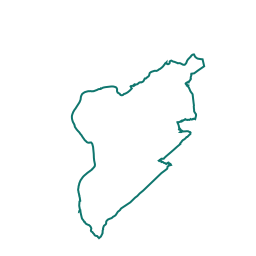 outline of Juanacatlán, Jalisco, Mexico, rotated 43°
{"feature_id": "50627088B972054417519", "entity_name": "Juanacatlán", "entity_type": "district", "adm_level": 2, "iso_a3": "MEX", "parent_name": "Mexico", "parent_adm1": "Jalisco", "projection": "equal_earth", "projection_center": [-103.138, 20.486], "detail": "fine", "context": "isolated", "style": "outline", "palette": "teal", "viewbox_px": 256, "rotation_deg": 43, "n_neighbors": 0, "source": "geoboundaries", "source_scale": "gbopen_adm2", "svg_char_len": 5806}
<svg xmlns="http://www.w3.org/2000/svg" viewBox="0 0 256 256"><g transform="rotate(43 128 128)"><path d="M181.9,228.3L182.2,225.9L181.2,222.4L180.9,222.2L180.4,221.3L179.9,220.9L179.3,220.1L178.9,219.0L178.3,218.6L177.5,217.0L177.1,215.9L177.4,213.8L177.2,212.8L176.6,212.2L175.8,211.1L175.7,209.8L175.8,208.5L176.6,206.7L177.2,205.6L177.6,204.4L177.6,203.2L178.1,201.8L178.4,200.4L178.3,199.5L177.7,196.1L178.0,194.5L178.1,193.2L177.8,191.9L178.0,190.8L180.4,180.8L180.7,174.1L181.2,171.4L181.2,167.9L181.8,163.4L183.2,138.2L184.0,133.8L184.4,131.3L184.2,130.6L183.3,129.3L183.6,127.4L183.7,126.8L184.0,126.8L184.7,125.7L183.5,125.3L183.4,125.3L182.9,125.9L182.7,126.2L182.4,126.4L182.1,126.5L181.9,126.4L181.7,125.8L181.5,125.6L181.2,125.6L180.8,126.4L180.8,126.9L180.5,128.3L180.2,128.3L179.8,128.1L179.6,128.2L178.7,128.7L178.3,128.8L178.1,129.0L176.6,129.1L176.1,129.5L175.7,130.1L175.3,129.9L175.2,129.5L174.3,129.5L174.0,129.8L173.6,130.4L173.4,130.9L172.9,130.9L173.1,130.3L172.9,129.8L173.2,129.1L173.4,127.7L174.1,127.1L174.8,126.4L175.1,126.1L175.0,124.9L175.2,122.3L175.9,116.3L176.7,108.1L177.2,104.1L176.8,104.0L176.6,102.9L176.6,101.9L176.4,100.7L176.4,99.4L176.7,98.7L177.0,97.1L177.1,96.4L177.0,94.7L177.5,94.1L177.5,93.4L177.5,91.6L177.7,89.9L177.4,89.6L176.9,88.7L176.3,88.6L176.2,88.7L176.0,88.9L174.2,89.4L173.1,90.3L172.6,90.9L171.9,91.7L171.2,92.3L170.7,93.0L170.3,93.1L169.9,93.1L169.9,94.4L169.5,94.9L169.0,95.3L169.1,93.6L168.1,93.4L168.1,93.5L167.4,93.3L167.2,94.0L166.6,94.3L166.1,94.2L165.8,93.0L165.0,92.8L163.8,91.9L163.2,91.5L162.0,90.9L161.2,90.6L160.2,90.1L160.5,89.6L161.4,88.9L161.6,88.3L162.3,87.4L161.9,87.3L162.4,85.6L162.8,85.6L163.0,85.7L163.3,84.9L163.4,84.1L163.8,83.5L163.8,82.5L165.0,82.3L165.3,81.9L166.0,81.6L166.3,81.0L167.4,80.2L167.7,78.7L168.4,78.7L168.9,78.3L169.1,78.0L169.1,77.4L169.3,77.0L169.6,76.6L169.9,76.6L170.0,76.1L171.1,75.7L170.1,73.9L169.7,73.2L169.2,72.4L168.6,71.8L168.2,71.5L167.7,71.5L167.1,71.3L165.5,70.9L165.0,70.7L163.7,69.4L162.8,68.7L162.1,68.0L161.4,67.4L160.9,66.6L158.6,64.7L152.4,59.4L151.7,59.1L150.1,58.9L148.5,58.5L145.8,57.3L144.6,56.8L143.1,56.8L143.0,55.8L142.6,56.0L142.7,56.7L142.3,56.8L142.3,56.0L140.2,56.4L139.9,56.2L140.0,55.7L139.8,55.7L139.8,55.4L140.1,54.4L140.4,54.2L140.5,53.2L140.9,53.1L141.2,53.1L140.9,52.1L140.8,50.5L140.7,50.1L140.4,49.8L140.4,49.7L140.5,49.6L140.5,49.2L139.6,48.5L139.2,48.0L138.3,46.1L137.8,45.9L137.3,45.1L139.1,42.9L140.0,38.1L141.6,30.9L135.7,26.9L134.1,28.1L131.7,29.7L130.6,30.0L129.3,30.1L128.5,30.1L127.1,29.6L126.3,29.2L126.0,29.2L125.9,29.4L125.2,30.4L125.2,30.5L125.1,30.9L125.0,32.1L125.2,32.8L125.1,37.0L125.4,38.6L126.3,40.8L126.4,42.8L126.0,43.5L125.0,44.2L123.9,44.5L122.1,45.0L121.1,45.7L120.3,46.7L119.7,46.8L119.3,47.0L119.0,47.1L116.9,47.9L115.8,48.6L114.8,48.9L113.8,49.1L113.3,49.9L113.2,50.3L113.2,51.0L114.0,51.8L114.3,52.6L114.2,53.1L113.8,54.0L113.1,54.5L112.2,54.4L111.7,54.3L111.4,53.9L111.4,54.4L111.2,54.8L111.1,55.6L111.3,56.1L111.4,56.5L111.4,57.6L111.6,58.8L111.5,60.8L111.1,63.1L110.7,63.9L110.7,64.2L110.5,65.3L110.0,66.7L108.9,67.6L108.4,68.1L107.0,70.6L106.7,71.3L106.4,72.9L106.5,73.2L107.6,75.2L107.8,76.1L107.3,78.7L107.4,79.1L107.3,79.5L107.1,79.9L106.8,80.1L106.5,80.4L107.1,82.2L107.3,83.0L107.3,83.7L107.2,84.2L107.0,84.8L106.7,85.2L106.7,85.4L106.5,85.7L106.3,85.7L105.5,86.6L105.5,86.8L105.3,87.1L105.2,87.3L105.2,87.5L105.1,87.8L105.1,88.9L104.9,89.7L104.0,91.1L103.8,92.1L103.4,91.5L103.2,91.4L103.0,91.5L102.9,92.0L102.9,92.3L103.0,92.9L103.3,93.2L103.3,93.5L102.4,94.1L101.8,95.2L101.5,95.5L101.5,95.8L103.8,96.5L103.8,99.2L103.5,101.7L103.2,102.9L102.9,103.8L102.7,104.3L102.6,104.7L102.1,105.5L101.9,105.7L101.8,106.9L101.8,107.2L101.5,107.8L101.2,108.2L100.7,108.6L100.0,108.9L99.6,108.9L98.5,108.6L98.2,108.7L98.1,108.8L97.4,108.9L97.0,108.9L96.5,109.2L96.3,109.2L95.8,109.0L94.8,108.5L93.5,107.0L92.3,106.5L91.2,106.5L89.4,107.4L88.8,107.8L87.2,109.3L83.5,113.7L82.7,114.8L82.2,115.6L81.7,116.9L81.7,117.1L81.5,117.7L81.2,117.7L81.3,118.2L80.9,118.7L80.3,119.2L79.9,119.8L79.3,121.5L78.7,122.6L77.8,124.5L77.6,124.6L76.5,125.9L76.1,126.1L75.7,126.4L73.8,128.2L72.5,130.3L71.9,131.4L71.5,133.0L71.3,134.4L71.8,136.2L72.3,137.2L72.3,137.3L73.9,139.5L74.4,140.7L75.0,142.3L75.4,144.5L76.1,148.4L76.4,149.9L76.4,150.8L77.0,153.5L77.8,155.6L78.6,157.2L79.3,158.1L80.8,159.5L82.9,160.8L84.0,161.3L85.4,161.7L87.1,162.4L87.2,162.6L88.4,163.4L91.5,164.1L93.4,164.3L95.3,164.4L97.6,164.9L99.0,165.0L99.8,165.3L101.9,165.8L103.1,166.0L104.2,166.3L104.6,166.3L105.0,166.4L106.1,166.3L107.4,166.4L108.2,166.2L109.0,165.8L109.6,165.3L110.1,164.5L111.0,163.7L112.7,164.0L115.4,165.7L120.6,170.3L123.4,173.1L125.5,174.9L128.2,176.8L128.9,177.4L129.4,178.1L129.8,178.8L129.7,179.0L129.9,179.8L129.9,181.1L129.9,181.8L129.8,182.1L130.0,182.5L129.9,182.9L129.9,183.6L129.5,185.4L129.5,186.0L129.4,186.2L129.1,187.3L129.1,187.8L128.9,188.6L128.8,189.8L128.5,192.3L128.4,193.8L128.5,195.2L128.9,197.9L129.0,198.7L129.8,200.8L130.2,201.8L131.1,203.2L131.3,203.8L131.7,204.4L132.0,204.9L132.3,205.2L132.8,205.9L133.0,206.3L133.4,206.9L134.1,207.6L134.4,207.8L134.8,208.0L135.2,208.3L135.4,208.6L137.2,209.7L137.3,209.8L138.2,210.5L138.4,210.5L138.5,210.7L139.3,211.3L139.9,211.6L141.3,212.7L141.9,213.3L142.1,213.3L142.8,213.9L142.6,214.8L144.3,216.9L145.4,218.2L148.5,220.5L149.3,221.4L149.0,222.0L149.2,222.3L149.4,221.5L149.6,221.0L150.9,222.1L152.9,223.5L155.6,225.3L156.5,225.7L158.5,226.0L160.0,226.5L160.4,226.2L160.8,226.3L161.3,226.4L161.6,226.6L162.3,226.7L163.4,226.5L164.9,226.0L165.7,225.6L167.3,225.6L167.9,225.7L169.6,226.4L170.8,228.3L171.6,228.7L173.0,228.4L173.6,228.5L174.1,228.7L175.4,228.7L176.6,229.1L176.9,229.1L177.6,229.0L179.3,228.0L180.6,228.3L181.2,228.2L181.9,228.3Z" fill="none" stroke="#0f766e" stroke-width="2"/></g></svg>